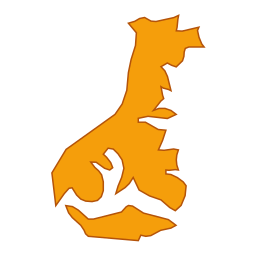 outline of Auckland Islands
{"feature_id": "NZL-5479", "entity_name": "Auckland Islands", "entity_type": "state/province", "adm_level": 1, "iso_a3": "NZL", "parent_name": "New Zealand", "parent_adm1": "", "projection": "albers", "projection_center": [166.127, -50.717], "detail": "fine", "context": "isolated", "style": "filled", "palette": "amber", "viewbox_px": 256, "rotation_deg": 0, "n_neighbors": 0, "source": "natural_earth", "source_scale": "10m", "svg_char_len": 1747}
<svg xmlns="http://www.w3.org/2000/svg" viewBox="0 0 256 256"><path d="M182.5,60.8L176.2,66.9L171.7,65.3L167.3,63.0L161.0,66.7L164.9,70.9L167.5,76.6L171.0,90.7L168.6,89.5L163.3,88.1L161.0,86.7L162.6,95.3L163.7,98.6L160.8,101.1L153.5,110.4L159.0,108.4L165.0,108.4L171.0,110.5L176.2,114.4L167.4,118.5L148.0,116.3L138.3,118.3L138.3,122.2L145.4,122.2L158.2,129.5L165.9,130.2L162.6,140.3L158.4,149.9L164.1,150.3L173.6,149.0L178.4,149.9L176.8,155.0L176.3,159.9L176.8,165.0L178.4,170.0L175.3,169.6L169.0,170.3L165.9,170.0L165.9,173.9L170.9,174.5L177.4,177.6L183.3,182.0L186.1,185.8L185.1,195.7L181.1,205.4L175.3,210.7L169.7,207.5L161.0,199.9L149.5,195.9L139.1,190.0L133.2,177.5L129.3,183.5L125.1,187.6L115.8,193.7L118.1,186.0L121.7,177.3L123.9,168.3L122.1,159.9L118.1,153.9L113.3,149.1L108.1,148.2L103.3,154.2L106.6,157.3L110.7,162.6L112.7,167.7L109.7,170.0L104.6,168.3L96.1,162.2L90.8,162.1L94.8,167.4L98.6,170.8L101.6,174.8L103.3,181.8L103.3,190.6L101.3,196.7L97.5,200.4L92.1,201.6L85.7,201.1L80.8,199.1L76.6,195.0L72.1,187.8L69.0,188.3L64.3,193.6L55.8,205.6L51.9,172.9L66.1,149.4L115.0,114.4L122.2,104.0L126.8,90.3L128.4,72.6L131.1,59.5L135.5,45.5L136.4,32.8L128.4,23.2L134.8,21.3L139.6,18.5L144.6,17.5L151.0,21.1L156.0,21.5L173.8,17.6L178.6,15.4L177.9,19.1L177.1,27.1L176.3,30.8L182.2,31.1L198.9,27.2L197.5,30.5L199.0,37.3L201.7,43.9L204.1,47.0L188.8,47.0L185.3,48.4L184.2,52.0L183.9,56.4L182.5,60.8ZM143.5,213.1L168.4,219.6L176.0,225.3L170.9,228.1L160.7,230.3L150.8,235.6L145.8,236.3L140.8,235.2L138.3,240.6L88.3,236.3L85.6,233.8L84.0,230.1L80.8,225.3L72.3,217.6L68.6,212.8L65.8,205.6L72.5,206.6L78.3,210.1L88.3,219.1L93.4,219.1L121.5,212.0L126.2,206.8L128.5,205.5L132.6,206.1L143.5,213.1Z" fill="#f59e0b" stroke="#b45309" stroke-width="1.5"/></svg>